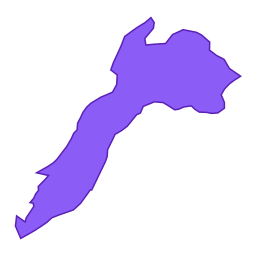 outline of Mesogi, Paphos, Cyprus
{"feature_id": "46923920B58630451214078", "entity_name": "Mesogi", "entity_type": "district", "adm_level": 2, "iso_a3": "CYP", "parent_name": "Cyprus", "parent_adm1": "Paphos", "projection": "natural_earth1", "projection_center": [32.455, 34.811], "detail": "fine", "context": "isolated", "style": "filled", "palette": "violet", "viewbox_px": 256, "rotation_deg": 0, "n_neighbors": 0, "source": "geoboundaries", "source_scale": "gbopen_adm2", "svg_char_len": 1245}
<svg xmlns="http://www.w3.org/2000/svg" viewBox="0 0 256 256"><path d="M91.7,190.0L105.5,161.4L107.2,156.4L107.6,149.7L113.3,138.2L114.9,134.5L121.5,130.6L127.3,126.2L136.6,114.7L140.4,113.1L143.2,106.4L154.4,101.8L163.2,102.6L169.0,106.1L174.7,109.8L178.7,109.2L184.0,106.9L191.4,105.9L194.9,109.3L199.3,112.1L206.8,112.4L211.5,113.4L217.9,112.9L224.4,108.2L224.4,102.5L221.2,94.8L224.6,88.9L229.4,83.9L233.7,80.6L238.1,77.8L240.6,76.2L229.4,68.5L224.1,59.4L216.4,55.4L209.5,50.1L209.7,42.1L201.4,34.9L196.4,32.3L183.1,29.7L172.5,34.6L165.6,43.5L154.4,44.2L145.9,45.0L144.8,38.5L153.4,28.3L154.2,22.6L150.9,17.6L145.2,22.5L138.0,26.9L131.3,31.6L124.7,36.5L121.5,44.8L119.4,49.7L113.3,62.8L110.8,70.0L117.2,74.9L116.7,84.5L112.5,92.2L100.8,97.2L91.2,103.0L86.9,106.9L83.1,112.1L80.4,117.9L77.6,123.2L77.1,129.8L73.7,133.3L71.4,138.5L66.8,146.4L56.8,159.5L53.3,162.9L47.6,166.6L36.6,172.8L48.5,175.5L45.0,179.6L38.2,186.5L38.5,190.3L35.7,193.9L33.7,198.3L30.0,202.6L33.2,203.2L33.8,206.4L31.6,209.8L27.9,215.3L26.2,217.9L25.2,221.9L21.6,219.5L16.6,215.9L15.9,222.4L15.4,225.9L20.7,238.4L28.8,233.9L35.3,230.1L46.7,222.5L51.8,217.8L58.9,215.0L73.4,209.9L80.6,203.3L90.3,189.9L91.7,190.0Z" fill="#8b5cf6" stroke="#5b21b6" stroke-width="1.5"/></svg>